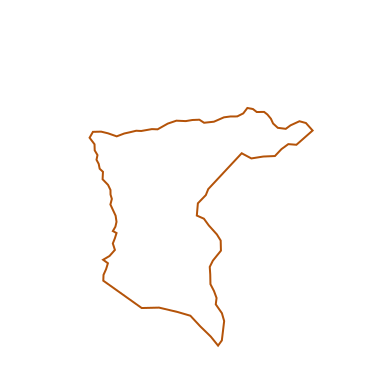 Brazabrantes, Goiás, Brazil (Mercator projection), rotated 38°
{"feature_id": "56859067B50932021579318", "entity_name": "Brazabrantes", "entity_type": "district", "adm_level": 2, "iso_a3": "BRA", "parent_name": "Brazil", "parent_adm1": "Goiás", "projection": "mercator", "projection_center": [-49.38, -16.374], "detail": "fine", "context": "isolated", "style": "outline", "palette": "amber", "viewbox_px": 384, "rotation_deg": 38, "n_neighbors": 0, "source": "geoboundaries", "source_scale": "gbopen_adm2", "svg_char_len": 1315}
<svg xmlns="http://www.w3.org/2000/svg" viewBox="0 0 384 384"><g transform="rotate(38 192 192)"><path d="M249.2,69.3L239.3,67.5L233.1,70.1L228.6,78.8L227.0,84.5L220.1,88.6L213.7,88.1L209.1,85.7L203.7,84.5L199.5,84.5L193.8,89.1L189.0,89.1L183.9,91.7L184.0,98.5L181.1,104.6L175.6,109.0L171.2,113.5L166.0,123.1L158.9,130.0L153.3,130.5L148.0,135.0L143.4,140.0L135.8,145.4L130.8,153.0L126.3,163.8L121.7,167.1L114.4,175.2L110.3,178.1L106.4,183.0L102.6,187.6L98.4,194.5L89.6,197.5L83.2,200.4L76.9,205.6L77.9,212.3L85.8,214.4L89.7,219.1L94.8,221.1L96.9,225.4L101.2,227.3L104.9,230.5L109.4,230.9L113.7,237.0L121.5,238.1L126.5,240.6L129.4,244.2L133.1,246.8L135.4,252.1L139.9,254.4L146.4,257.7L150.9,262.0L153.0,266.5L153.7,271.5L157.8,270.8L159.7,275.9L161.3,281.3L166.9,285.1L166.4,293.2L163.7,300.1L169.6,299.9L171.8,305.7L173.3,311.8L176.7,316.5L223.8,314.4L237.2,303.4L254.6,295.4L266.9,290.5L281.3,292.8L289.7,293.7L295.9,294.4L307.1,297.0L306.9,290.6L296.8,273.9L290.2,269.1L279.9,265.9L276.6,260.4L270.3,256.5L263.3,253.3L257.1,245.7L252.1,240.1L250.7,233.2L250.9,220.4L244.5,212.6L237.7,210.1L225.8,208.0L217.8,205.7L210.3,207.6L203.6,197.3L204.8,185.9L203.0,179.7L207.3,130.9L218.1,129.0L226.3,120.2L235.2,112.6L236.1,103.1L238.4,95.0L245.2,90.5L249.2,69.3Z" fill="none" stroke="#b45309" stroke-width="2"/></g></svg>